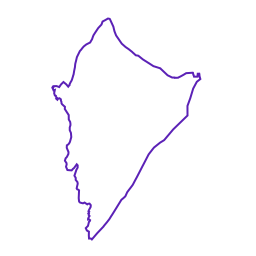 Zorzor, Lofa, Liberia, rotated 178°
{"feature_id": "62588387B39118473724395", "entity_name": "Zorzor", "entity_type": "district", "adm_level": 2, "iso_a3": "LBR", "parent_name": "Liberia", "parent_adm1": "Lofa", "projection": "equal_earth", "projection_center": [-9.601, 7.921], "detail": "fine", "context": "isolated", "style": "outline", "palette": "violet", "viewbox_px": 256, "rotation_deg": 178, "n_neighbors": 0, "source": "geoboundaries", "source_scale": "gbopen_adm2", "svg_char_len": 3150}
<svg xmlns="http://www.w3.org/2000/svg" viewBox="0 0 256 256"><g transform="rotate(178 128 128)"><path d="M142.5,237.7L144.2,238.1L147.0,236.6L149.7,235.3L150.9,232.3L152.1,231.1L154.3,228.9L157.8,224.0L159.3,221.8L160.1,219.9L160.8,218.0L162.3,215.7L162.7,215.0L162.8,214.8L166.7,213.0L169.3,211.1L169.5,210.9L170.8,209.5L172.1,207.9L173.1,206.9L173.4,206.6L176.6,200.6L177.6,196.9L178.4,194.2L178.6,193.1L178.9,190.7L179.8,187.0L179.9,186.5L180.5,183.5L180.7,182.9L180.9,182.6L181.2,181.5L181.8,179.8L182.3,178.3L183.0,176.9L183.7,175.9L184.6,174.2L184.9,173.5L184.9,173.2L185.0,173.2L185.7,172.1L185.8,172.0L186.3,171.4L188.2,173.8L190.9,176.2L192.0,175.2L193.5,173.8L195.3,171.3L196.4,171.8L198.1,172.4L201.2,172.4L201.7,171.9L202.0,171.3L201.2,171.2L201.8,170.1L201.1,168.2L199.8,168.6L200.6,165.4L200.0,163.2L199.0,162.7L199.1,161.9L197.9,160.6L198.7,159.8L197.6,158.7L196.8,159.8L195.4,160.1L194.1,159.0L194.1,157.7L193.6,156.4L193.6,155.1L193.1,154.1L192.9,153.9L191.6,152.6L190.3,151.4L190.5,149.2L186.8,143.0L186.9,138.6L185.6,136.1L185.4,134.5L185.4,133.3L185.4,133.0L185.5,132.8L185.5,132.6L186.2,130.6L186.3,127.8L185.3,125.3L185.2,124.9L185.0,120.9L186.5,116.2L187.1,115.1L188.1,113.8L189.7,112.8L189.9,110.3L188.3,106.0L188.5,104.1L190.1,101.2L191.4,99.9L191.7,99.0L192.2,97.5L191.0,95.6L190.7,95.1L190.6,93.7L191.3,91.4L190.0,88.1L185.8,87.6L184.5,89.0L183.3,89.9L180.5,93.5L180.1,93.0L179.9,92.8L179.7,92.6L179.6,92.4L179.7,90.6L179.7,90.2L181.0,88.1L183.2,82.2L182.0,80.0L182.0,79.8L182.1,78.0L180.4,75.7L180.2,74.0L181.0,71.2L181.4,69.4L180.9,68.5L179.7,68.0L179.1,67.4L179.4,63.6L179.4,63.4L179.7,59.7L179.5,56.6L179.3,56.0L178.4,55.1L175.6,54.3L174.0,55.0L171.4,53.1L170.7,53.6L169.1,53.8L167.9,52.2L168.1,50.4L169.7,47.7L170.4,46.2L169.7,45.6L170.6,44.1L170.0,43.7L170.4,42.6L169.5,41.4L170.3,40.3L171.0,38.9L171.1,37.9L170.0,38.0L169.1,37.2L169.5,36.2L170.3,35.5L170.9,33.4L171.4,31.6L173.7,29.4L172.7,27.0L170.7,25.8L170.9,21.9L170.8,18.9L168.9,18.8L168.0,17.9L162.5,23.9L155.8,30.5L155.7,30.8L152.3,34.6L149.8,37.6L147.6,40.9L147.2,41.4L144.5,45.4L137.1,56.5L135.4,57.8L133.5,59.4L133.0,59.9L131.0,63.9L129.0,66.4L127.9,67.7L125.4,70.8L124.9,71.6L122.9,75.1L120.9,78.5L117.7,84.2L114.4,90.1L114.2,90.4L108.3,100.9L103.9,106.2L103.1,107.1L102.8,107.5L96.5,112.2L96.2,112.4L92.3,114.6L88.6,118.7L82.9,125.0L68.1,138.4L67.8,148.0L64.8,155.4L61.5,165.1L57.6,171.8L54.0,174.4L54.7,177.3L54.8,179.2L54.9,179.8L56.4,179.8L56.6,178.4L56.7,176.9L56.8,176.9L57.5,176.9L57.9,176.9L60.2,177.0L60.6,178.7L60.8,178.8L61.1,180.3L61.1,180.8L61.3,181.0L64.1,180.9L66.6,180.8L67.5,180.8L67.9,180.8L68.9,180.2L69.2,180.1L70.5,179.3L73.9,177.6L75.5,176.9L76.2,176.5L76.8,176.5L79.6,176.5L79.7,176.8L82.1,176.9L83.1,177.4L83.4,177.6L86.6,179.3L92.7,185.5L93.4,186.1L93.4,186.3L93.6,186.5L99.5,188.6L100.4,188.9L103.1,190.8L110.7,196.0L113.0,198.0L115.2,199.9L115.7,200.0L117.7,200.4L119.7,202.4L120.0,202.7L120.5,203.1L121.2,203.9L124.6,206.8L127.6,209.0L131.3,212.5L132.9,215.0L134.8,218.0L136.1,220.0L136.7,221.0L138.1,225.0L138.6,227.3L139.1,229.8L141.4,235.3L142.2,237.2L142.5,237.7Z" fill="none" stroke="#5b21b6" stroke-width="2"/></g></svg>